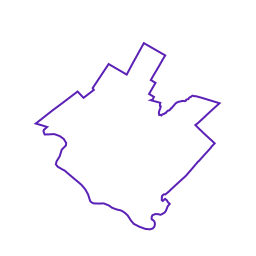 outline of Branistea, Galati, Romania, rotated 27°
{"feature_id": "2599482B60260164526160", "entity_name": "Branistea", "entity_type": "district", "adm_level": 2, "iso_a3": "ROU", "parent_name": "Romania", "parent_adm1": "Galati", "projection": "robinson", "projection_center": [27.84, 45.445], "detail": "fine", "context": "isolated", "style": "outline", "palette": "violet", "viewbox_px": 256, "rotation_deg": 27, "n_neighbors": 0, "source": "geoboundaries", "source_scale": "gbopen_adm2", "svg_char_len": 2755}
<svg xmlns="http://www.w3.org/2000/svg" viewBox="0 0 256 256"><g transform="rotate(27 128 128)"><path d="M199.6,176.6L197.0,175.9L196.0,175.1L195.2,174.7L193.2,174.3L192.1,177.2L191.8,177.1L191.5,177.0L190.8,176.9L189.3,173.6L189.2,173.1L189.8,171.2L190.2,170.7L190.8,170.5L191.4,170.3L192.8,167.1L193.3,165.9L194.5,162.4L195.7,159.1L199.6,148.7L200.7,146.0L201.6,143.2L202.2,140.6L203.0,137.5L205.7,126.0L205.8,125.8L206.0,125.6L206.2,125.0L206.5,123.9L207.0,122.0L208.3,117.0L209.2,113.9L210.2,110.2L210.7,108.2L210.9,107.1L210.9,106.5L211.1,106.1L211.2,105.6L212.2,102.3L209.8,101.6L206.9,100.8L206.3,100.7L204.4,100.1L198.6,98.5L191.0,96.2L186.7,94.8L188.3,91.3L189.6,87.7L194.2,75.1L198.3,64.4L189.6,65.9L179.0,67.8L175.3,68.6L174.1,68.8L172.8,69.5L170.8,69.9L170.4,70.5L170.0,71.6L169.5,72.2L169.0,72.7L168.8,73.2L168.7,74.7L168.4,75.2L168.0,75.4L167.4,75.9L167.1,76.4L167.0,76.7L167.0,77.1L167.1,77.4L166.6,78.1L166.2,78.4L165.5,78.6L164.7,78.9L163.8,79.4L163.7,79.6L163.1,80.1L162.7,80.5L161.7,81.3L161.2,81.6L160.5,82.4L160.2,83.0L159.6,83.7L159.3,84.4L159.1,85.0L158.8,86.5L158.4,87.8L158.4,88.1L158.2,89.1L158.0,89.5L157.9,89.8L157.9,90.6L157.8,90.8L157.5,90.9L157.3,91.1L157.2,91.8L157.1,92.2L157.2,92.6L156.9,93.2L156.6,93.8L155.9,94.1L155.6,94.8L155.4,95.4L155.0,95.8L155.0,97.2L154.8,97.6L154.2,98.0L153.8,98.7L153.7,99.1L153.5,99.3L152.9,99.8L152.5,100.2L152.2,101.1L152.0,101.7L150.8,101.6L149.9,102.2L149.7,101.9L148.9,101.0L148.6,100.4L148.3,99.5L148.2,98.8L148.1,98.5L147.9,97.6L147.9,96.2L147.4,93.9L147.2,93.9L146.8,94.0L146.6,94.0L146.4,93.6L146.0,93.1L145.9,92.8L145.7,92.3L145.4,91.6L145.3,91.3L145.3,90.9L135.7,92.9L137.0,91.5L137.0,88.5L131.3,88.1L132.0,75.3L126.6,74.9L126.7,71.8L127.5,59.1L127.8,51.9L128.2,46.4L121.8,46.1L114.1,45.7L103.6,45.2L103.0,62.9L102.8,68.3L102.7,73.9L102.6,81.0L81.7,79.8L78.4,108.5L80.3,109.6L79.9,110.3L74.7,121.3L66.5,118.4L58.3,135.4L52.7,146.7L43.8,165.9L49.6,164.8L55.5,163.8L55.3,164.3L54.8,165.7L54.1,167.2L53.9,167.6L54.1,169.2L56.0,171.0L56.7,171.6L60.6,169.5L62.4,168.4L65.1,166.9L70.8,166.2L75.6,166.9L79.7,169.4L80.6,171.7L78.8,177.4L80.0,184.3L79.5,190.2L80.2,193.1L82.9,194.4L88.3,194.7L91.1,194.7L95.3,195.8L112.1,199.7L117.7,202.0L122.6,205.3L127.4,210.2L129.1,210.8L131.5,210.8L135.4,209.0L136.1,208.7L140.6,206.2L145.9,205.7L150.2,206.3L155.0,205.7L158.6,204.8L159.6,204.7L161.5,204.7L162.8,204.9L164.1,205.1L167.5,206.1L172.6,209.1L176.8,210.8L183.2,210.8L187.7,210.2L189.4,210.0L193.6,208.3L195.6,206.3L196.3,204.0L195.7,201.6L194.6,199.9L192.8,198.8L190.6,198.6L189.6,196.9L189.3,194.9L189.7,194.2L191.4,192.3L193.9,191.1L196.3,190.6L197.4,189.3L199.0,186.7L199.4,184.3L199.2,183.0L198.9,179.6L199.6,176.9L199.6,176.6Z" fill="none" stroke="#5b21b6" stroke-width="2"/></g></svg>